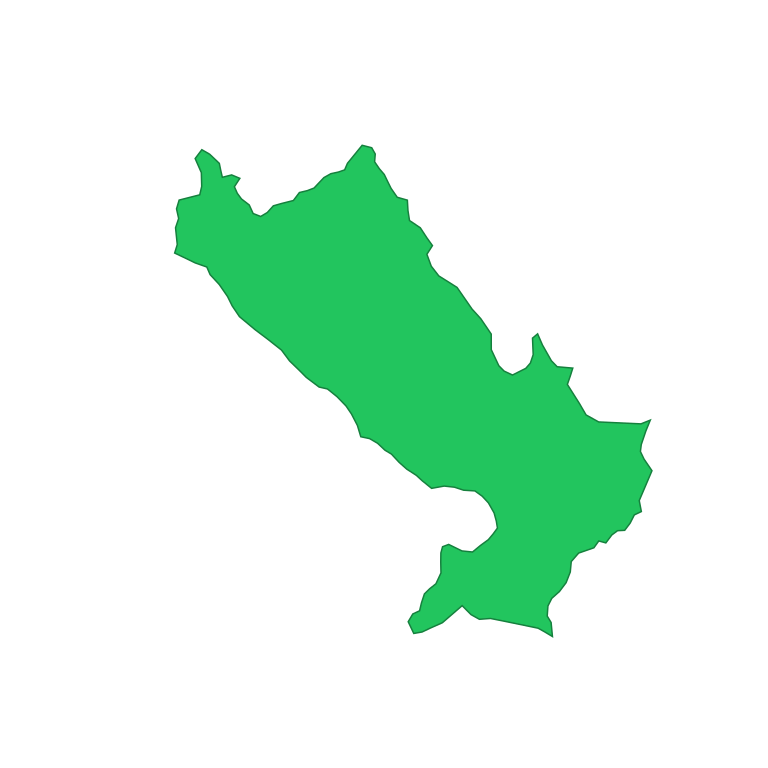 the district of Natuba, Paraíba, Brazil, rotated 307°
{"feature_id": "56859067B58433670335003", "entity_name": "Natuba", "entity_type": "district", "adm_level": 2, "iso_a3": "BRA", "parent_name": "Brazil", "parent_adm1": "Paraíba", "projection": "robinson", "projection_center": [-35.567, -7.549], "detail": "fine", "context": "isolated", "style": "filled", "palette": "green", "viewbox_px": 768, "rotation_deg": 307, "n_neighbors": 0, "source": "geoboundaries", "source_scale": "gbopen_adm2", "svg_char_len": 2233}
<svg xmlns="http://www.w3.org/2000/svg" viewBox="0 0 768 768"><g transform="rotate(307 384 384)"><path d="M202.7,557.9L208.9,563.7L216.6,567.7L228.5,574.3L254.0,579.8L252.2,592.3L253.5,601.8L260.8,610.1L266.5,621.9L281.7,654.0L282.7,661.2L283.7,670.5L294.1,661.0L296.9,654.0L305.4,648.5L313.8,647.0L323.9,649.0L334.9,649.0L346.0,645.9L354.9,640.4L366.1,641.2L379.5,650.2L387.9,650.0L390.6,656.8L400.6,656.8L407.4,658.8L412.0,664.3L421.1,664.3L430.1,662.7L437.0,666.3L444.5,658.0L476.0,650.2L480.5,636.9L484.4,629.4L490.5,625.9L504.1,621.4L515.4,618.4L506.8,613.2L482.9,578.3L480.9,564.0L486.0,551.9L494.0,530.7L502.7,527.9L510.3,525.2L502.0,511.9L503.3,503.7L510.5,487.1L516.5,476.5L510.0,475.0L497.2,485.5L488.8,488.3L481.8,487.8L468.5,481.2L466.6,472.2L467.7,464.7L476.0,449.0L488.4,439.6L494.4,422.0L496.8,409.3L505.1,384.2L503.3,362.7L506.5,350.9L513.4,340.2L523.7,339.4L526.6,330.1L530.6,319.0L529.9,306.0L537.0,298.7L544.9,292.0L541.1,282.2L544.5,271.9L548.0,264.9L551.5,258.1L553.1,250.8L555.8,242.8L562.4,238.6L565.3,232.0L561.5,222.9L538.3,222.0L531.3,223.7L525.8,220.0L520.0,215.0L512.7,211.8L505.7,211.0L498.4,210.2L492.3,206.4L486.0,201.2L476.0,201.2L466.7,193.7L459.7,188.4L450.7,187.6L443.6,184.7L441.4,176.9L445.9,168.6L446.0,158.8L448.0,152.1L451.5,145.8L461.5,145.1L459.3,136.5L451.8,130.5L456.4,125.0L461.1,119.7L462.6,106.5L461.5,97.5L450.4,97.5L442.9,110.9L432.1,119.5L424.2,123.0L416.6,116.9L407.6,109.7L399.0,112.9L392.6,120.4L383.3,123.5L370.9,135.0L362.6,138.0L364.3,146.3L367.1,160.4L370.8,172.1L366.7,179.3L364.3,192.6L359.7,206.4L355.0,215.8L350.8,228.0L349.8,248.3L349.8,263.6L349.4,281.7L345.6,294.7L344.0,307.6L342.5,318.0L342.5,334.0L346.0,341.8L345.6,354.1L343.6,366.9L340.5,376.0L334.9,387.7L327.9,397.2L331.7,405.3L332.8,414.5L331.7,424.6L332.5,432.1L330.5,443.4L329.7,453.4L330.5,464.7L329.7,473.0L329.3,484.8L338.7,493.5L344.0,502.4L347.1,511.5L353.3,520.9L353.5,529.9L351.9,538.9L347.3,549.5L342.1,556.2L337.2,561.3L329.7,561.4L322.4,561.0L313.1,558.2L303.1,555.8L297.6,546.7L294.8,532.2L289.3,528.7L283.3,531.1L275.8,536.6L267.4,543.2L255.7,545.7L248.0,543.7L240.7,542.6L231.6,545.7L224.3,548.9L217.7,545.4L208.7,546.4L202.7,557.9Z" fill="#22c55e" stroke="#15803d" stroke-width="1.5"/></g></svg>